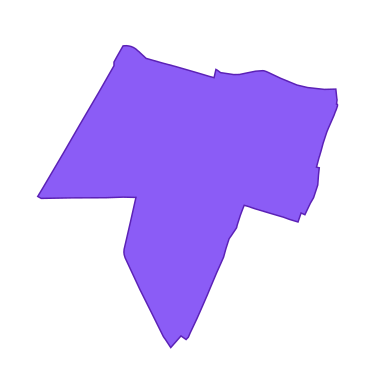 the district of Gamaliyya, Al Qahirah, Egypt, rotated 174°
{"feature_id": "37247803B35159038955302", "entity_name": "Gamaliyya", "entity_type": "district", "adm_level": 2, "iso_a3": "EGY", "parent_name": "Egypt", "parent_adm1": "Al Qahirah", "projection": "robinson", "projection_center": [31.265, 30.053], "detail": "fine", "context": "isolated", "style": "filled", "palette": "violet", "viewbox_px": 384, "rotation_deg": 174, "n_neighbors": 0, "source": "geoboundaries", "source_scale": "gbopen_adm2", "svg_char_len": 1833}
<svg xmlns="http://www.w3.org/2000/svg" viewBox="0 0 384 384"><g transform="rotate(174 192 192)"><path d="M245.3,344.5L252.4,334.6L256.0,329.4L256.2,327.5L256.4,325.7L274.1,301.1L296.6,270.6L314.7,245.7L340.0,211.5L345.9,203.7L342.6,201.4L311.8,198.7L292.0,196.7L278.1,195.3L261.0,194.1L249.4,192.6L248.9,192.6L248.3,192.5L256.6,167.9L265.5,142.1L266.0,139.3L266.0,136.8L265.4,133.6L254.0,100.5L245.1,76.8L235.7,51.5L234.9,49.9L234.0,48.4L229.4,39.5L218.0,50.0L213.3,45.9L212.0,47.0L210.8,48.0L208.8,51.6L207.8,53.3L206.8,54.9L200.3,65.6L194.9,75.0L189.0,85.4L188.4,86.5L187.8,87.5L184.0,94.5L175.9,109.2L170.9,117.8L167.4,123.9L164.2,132.1L160.1,141.4L159.0,142.8L157.8,144.1L151.6,151.5L151.2,152.3L150.8,153.6L150.2,155.1L146.3,163.9L143.5,169.5L141.5,173.3L139.9,172.7L138.4,172.1L131.0,168.7L116.1,162.5L108.6,159.4L103.7,157.4L98.0,154.6L89.7,151.1L85.7,159.7L82.1,157.6L75.5,168.4L71.7,173.6L66.2,185.8L64.4,195.8L62.9,202.8L64.2,203.2L65.6,203.7L61.9,213.4L61.3,214.6L60.8,215.9L59.3,219.5L56.5,226.8L51.6,237.7L49.7,241.2L42.7,253.5L41.4,256.2L40.7,257.5L40.0,258.7L38.3,262.5L38.2,263.9L38.5,264.1L39.1,264.3L38.3,267.7L38.1,268.4L38.2,270.0L38.2,271.6L38.2,279.3L49.6,280.2L66.1,283.8L76.4,287.4L84.0,291.5L92.1,295.9L103.1,302.6L104.3,303.3L105.5,304.0L107.7,305.0L108.6,305.2L109.4,305.3L116.2,305.5L126.7,304.5L132.5,303.9L138.2,304.4L149.4,307.3L150.8,307.6L151.9,308.4L153.1,309.6L153.5,309.9L154.1,310.5L155.4,311.4L158.1,303.4L162.8,305.2L169.0,307.8L177.7,311.4L195.2,318.5L207.8,323.3L223.7,329.7L228.3,335.0L229.1,335.9L229.8,336.8L231.5,338.5L232.0,339.1L232.6,339.8L233.3,340.4L234.0,341.0L234.7,341.5L235.4,342.0L236.2,342.4L237.0,342.9L237.8,343.2L238.6,343.5L239.5,343.8L240.4,344.0L241.2,344.2L242.1,344.4L243.0,344.4L243.9,344.5L245.3,344.5Z" fill="#8b5cf6" stroke="#5b21b6" stroke-width="1.5"/></g></svg>